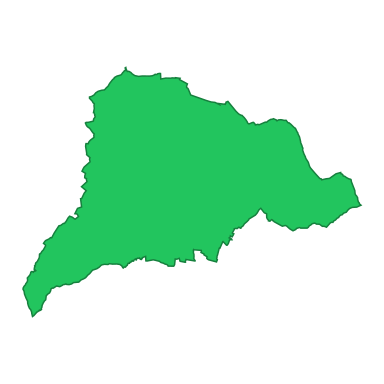 Calan, Hunedoara, Romania
{"feature_id": "2599482B89052064146304", "entity_name": "Calan", "entity_type": "district", "adm_level": 2, "iso_a3": "ROU", "parent_name": "Romania", "parent_adm1": "Hunedoara", "projection": "orthographic", "projection_center": [23.011, 45.738], "detail": "fine", "context": "isolated", "style": "filled", "palette": "green", "viewbox_px": 384, "rotation_deg": 0, "n_neighbors": 0, "source": "geoboundaries", "source_scale": "gbopen_adm2", "svg_char_len": 5893}
<svg xmlns="http://www.w3.org/2000/svg" viewBox="0 0 384 384"><path d="M216.4,261.9L216.4,261.5L217.0,260.9L217.3,259.6L216.9,259.5L216.7,258.9L216.8,258.1L217.0,257.4L217.0,256.2L217.5,255.1L219.2,248.3L219.4,248.0L219.9,248.2L222.8,241.6L223.0,241.5L226.5,245.2L227.3,245.1L228.4,243.4L229.5,240.1L230.3,239.7L231.9,239.7L231.5,238.9L230.1,238.9L230.1,238.6L229.8,238.2L229.2,237.9L230.3,237.0L230.4,235.9L232.1,236.9L233.1,235.3L233.8,233.8L232.7,233.4L232.3,233.0L234.4,229.2L234.3,228.7L235.7,228.4L237.1,228.6L238.9,227.2L240.4,228.2L240.9,228.2L241.2,227.3L243.2,225.8L244.3,223.9L247.0,221.6L248.7,219.8L249.0,219.0L255.4,215.1L257.1,213.1L258.9,209.9L260.8,208.3L264.1,212.6L264.9,213.1L266.6,213.7L266.7,217.5L267.3,218.9L268.5,220.1L268.4,220.8L269.9,221.2L271.7,219.6L272.6,220.1L272.8,220.7L273.5,220.9L274.1,221.7L282.3,226.2L285.3,225.5L286.5,225.9L289.8,228.9L293.0,230.8L295.8,229.5L296.4,228.5L299.2,227.6L299.9,227.6L300.6,228.1L307.2,228.1L308.4,227.2L309.2,225.9L311.2,224.7L312.2,223.7L314.8,223.1L316.5,224.1L319.5,224.2L322.3,226.3L324.2,226.3L326.5,227.2L330.4,222.8L331.7,222.3L332.9,222.4L333.8,220.9L335.5,220.0L337.1,218.2L338.7,217.5L339.0,216.7L340.4,215.2L342.3,214.7L343.5,213.2L346.3,212.2L347.8,210.2L349.6,208.5L352.2,207.4L356.8,207.1L361.0,205.2L359.5,203.9L359.1,202.7L358.3,201.8L357.7,199.4L357.6,197.7L356.5,195.8L356.0,195.5L355.1,193.8L354.8,190.5L351.4,181.7L351.1,179.8L350.7,179.3L348.8,178.8L346.5,177.6L344.6,176.2L343.6,176.1L343.1,175.8L342.9,174.9L342.3,174.2L340.9,173.7L340.7,172.5L336.0,173.8L329.5,178.4L326.1,178.8L321.7,179.8L321.3,178.9L320.1,178.6L319.5,178.2L315.4,173.7L310.6,168.1L309.6,166.5L308.3,162.3L305.7,158.2L305.4,156.9L303.9,153.8L302.6,150.0L302.9,148.1L302.4,147.4L301.9,145.5L300.6,142.5L300.6,141.6L299.5,136.9L298.0,133.9L297.8,132.8L297.1,131.9L295.6,128.7L295.5,128.8L295.1,128.2L293.9,127.3L290.9,124.3L289.0,122.8L288.5,122.9L287.8,122.5L286.1,120.3L283.8,120.4L283.2,120.1L280.9,119.7L278.5,119.9L277.0,120.8L276.7,120.7L276.4,120.0L273.4,118.7L272.4,119.2L270.7,119.4L268.4,120.7L266.5,122.3L265.3,122.1L259.3,124.7L258.8,124.7L257.9,124.3L255.5,124.9L255.5,124.6L253.6,122.4L252.5,122.5L249.1,123.9L248.4,123.7L247.4,122.6L247.3,122.0L246.0,119.9L244.2,117.6L241.9,115.3L241.1,115.3L238.6,113.9L236.0,111.3L227.9,101.4L226.0,102.2L225.8,103.4L225.3,104.0L224.9,104.0L225.0,104.3L218.7,103.5L219.3,104.5L215.0,102.4L211.2,102.0L206.0,100.4L190.7,95.0L188.3,89.1L187.8,88.3L186.7,87.6L186.6,86.0L187.4,83.9L179.5,79.6L180.1,78.3L175.5,77.7L175.5,78.1L172.2,77.9L170.5,78.2L165.8,78.1L160.8,79.0L160.5,73.5L159.7,73.4L157.8,73.7L156.9,74.5L155.1,74.3L154.8,74.7L152.3,75.8L149.4,76.1L142.3,76.0L138.6,76.4L134.8,75.6L132.2,73.9L130.9,72.5L128.8,71.3L127.3,71.5L126.1,69.0L125.8,67.5L125.1,68.0L125.8,69.1L125.4,69.6L125.4,70.5L124.3,70.8L124.0,71.4L122.6,72.8L121.6,74.3L120.8,75.0L116.9,76.1L114.3,77.6L114.1,78.5L112.7,79.5L109.7,83.3L108.0,86.3L106.4,87.7L104.5,89.9L101.5,90.3L98.1,91.3L95.8,92.8L94.0,95.0L91.6,96.4L89.5,97.0L89.5,98.3L92.2,101.1L93.1,102.8L94.3,103.7L94.0,105.6L94.3,108.6L93.6,112.0L93.8,111.9L94.2,113.5L94.8,114.7L94.7,115.3L95.2,116.8L93.6,119.1L93.4,121.0L93.1,121.2L88.5,122.3L86.1,122.4L85.4,123.0L86.5,125.6L87.5,126.8L89.8,128.4L92.9,132.8L94.2,133.9L93.8,135.2L94.0,137.4L90.7,139.9L89.5,141.1L88.6,142.4L88.3,143.7L86.0,143.6L85.8,144.6L85.6,146.3L86.7,153.4L86.6,154.7L90.0,157.7L89.5,159.1L90.1,161.8L84.3,166.9L83.4,168.3L82.0,171.2L85.5,173.4L84.8,175.8L84.7,177.8L86.5,178.6L86.3,179.4L87.0,181.6L81.5,186.7L86.2,190.7L84.2,193.2L81.7,198.5L80.6,198.7L81.6,207.0L77.5,208.4L74.9,213.7L76.6,213.9L77.3,214.3L78.5,216.5L75.3,219.1L74.7,219.0L72.3,217.2L69.6,216.2L68.1,217.9L65.8,221.9L65.3,222.2L64.6,223.4L63.4,223.4L60.7,225.4L58.9,225.8L54.3,232.9L51.7,237.8L50.6,237.6L48.9,239.0L45.9,240.4L44.9,241.3L43.5,243.4L45.5,245.0L45.5,246.0L43.3,250.0L42.0,251.3L40.5,253.7L39.7,253.9L39.5,254.2L39.4,256.6L39.1,258.1L37.2,261.6L35.8,262.9L35.5,263.7L35.5,264.8L34.6,265.8L35.0,266.7L34.5,267.2L34.4,268.5L34.1,269.1L34.5,269.6L34.5,270.1L35.1,269.9L35.8,270.7L34.9,271.2L34.4,270.8L33.3,272.2L32.7,271.7L31.8,271.5L30.8,272.2L30.5,273.7L29.8,275.1L27.3,278.0L27.6,279.9L27.5,280.9L26.9,282.3L25.8,283.7L25.3,285.0L24.2,286.1L23.2,287.9L23.0,289.2L24.1,291.3L24.5,294.1L26.1,298.2L27.6,301.2L27.7,303.3L28.4,305.9L29.5,308.4L30.7,309.7L31.6,312.0L31.8,313.6L32.5,316.5L33.8,315.6L36.3,312.8L36.6,312.2L37.5,311.9L39.1,310.5L39.3,310.6L39.4,310.3L39.7,310.6L40.8,310.1L41.5,309.4L41.2,308.9L42.0,306.9L42.0,305.8L43.1,303.2L44.5,300.9L45.7,299.8L46.2,295.8L47.9,294.0L49.6,292.9L50.6,290.9L51.0,288.9L52.2,288.1L53.4,288.1L56.6,286.0L59.7,286.7L62.2,285.4L63.0,284.7L65.0,284.4L65.9,283.9L66.8,284.5L69.3,284.6L71.7,283.9L73.5,282.6L78.8,282.1L81.1,279.9L83.5,278.9L85.6,277.7L87.7,275.2L89.7,273.6L92.5,270.2L96.9,268.7L99.2,267.2L101.2,265.2L102.1,264.8L104.5,264.3L108.0,264.5L109.4,263.7L112.5,264.1L116.9,264.0L120.0,264.5L121.9,266.0L122.8,267.7L123.3,268.0L124.2,267.0L125.5,267.1L126.2,266.1L127.3,265.2L128.0,263.4L129.5,263.3L129.6,262.5L131.0,262.1L131.2,261.6L132.0,261.3L132.2,260.6L132.7,260.6L133.1,261.1L133.5,261.1L133.5,260.6L135.2,259.1L136.0,259.9L136.4,259.9L136.7,258.9L136.5,258.7L137.9,258.1L139.1,258.4L139.5,258.0L140.4,259.3L141.4,259.5L141.6,259.4L141.5,258.7L142.4,258.2L142.4,257.6L145.6,256.4L145.9,260.9L147.1,261.0L153.3,259.8L159.4,261.3L160.9,262.5L163.4,263.2L164.8,264.0L167.0,264.6L167.7,265.2L168.1,266.1L173.7,266.2L174.6,264.7L175.2,259.0L176.8,259.2L179.2,258.3L180.1,261.3L185.3,262.3L185.5,262.2L185.3,261.3L186.0,260.0L186.0,259.5L195.6,261.1L195.2,260.9L193.8,258.6L194.0,256.5L193.9,254.2L193.4,252.9L193.5,250.7L193.3,250.3L193.6,249.5L194.1,249.8L201.3,250.4L201.3,251.7L201.0,252.5L204.0,254.0L204.0,254.9L207.0,256.7L206.8,258.4L207.6,259.2L208.6,259.8L216.4,261.9Z" fill="#22c55e" stroke="#15803d" stroke-width="1.5"/></svg>